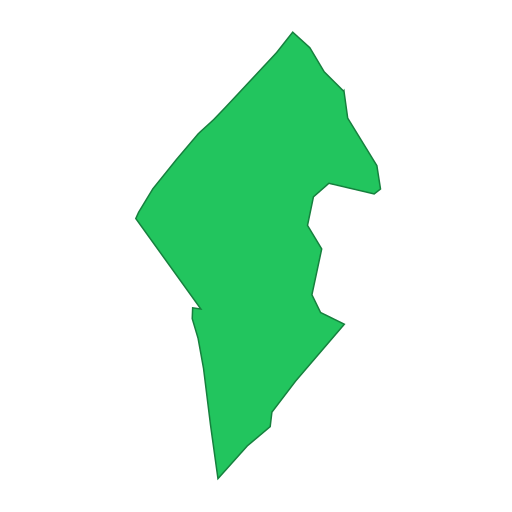 SVG path tracing the border of West Dunbartonshire, rotated 42°
{"feature_id": "GBR-2011", "entity_name": "West Dunbartonshire", "entity_type": "Unitary District", "adm_level": 1, "iso_a3": "GBR", "parent_name": "United Kingdom", "parent_adm1": "", "projection": "orthographic", "projection_center": [-4.496, 55.971], "detail": "fine", "context": "isolated", "style": "filled", "palette": "green", "viewbox_px": 512, "rotation_deg": 42, "n_neighbors": 0, "source": "natural_earth", "source_scale": "10m", "svg_char_len": 678}
<svg xmlns="http://www.w3.org/2000/svg" viewBox="0 0 512 512"><g transform="rotate(42 256 256)"><path d="M243.6,336.9L250.5,332.3L141.6,308.6L139.5,302.0L134.4,275.1L132.4,239.0L132.3,237.4L131.8,220.2L131.3,203.6L131.6,200.2L133.3,182.9L133.3,182.6L133.7,169.8L134.0,157.5L135.2,91.2L133.5,65.1L134.5,65.1L156.7,65.2L183.4,73.5L210.9,74.9L210.8,74.4L231.9,92.2L285.4,108.0L303.7,122.9L302.3,130.8L261.5,153.2L259.1,173.6L273.8,198.8L300.1,206.8L323.5,247.4L341.8,254.8L367.3,247.6L369.1,322.0L372.3,361.4L380.7,373.3L376.6,402.8L376.7,438.5L376.7,446.9L335.5,412.2L292.3,374.7L268.0,355.9L250.5,345.2L243.6,336.9Z" fill="#22c55e" stroke="#15803d" stroke-width="1.5"/></g></svg>